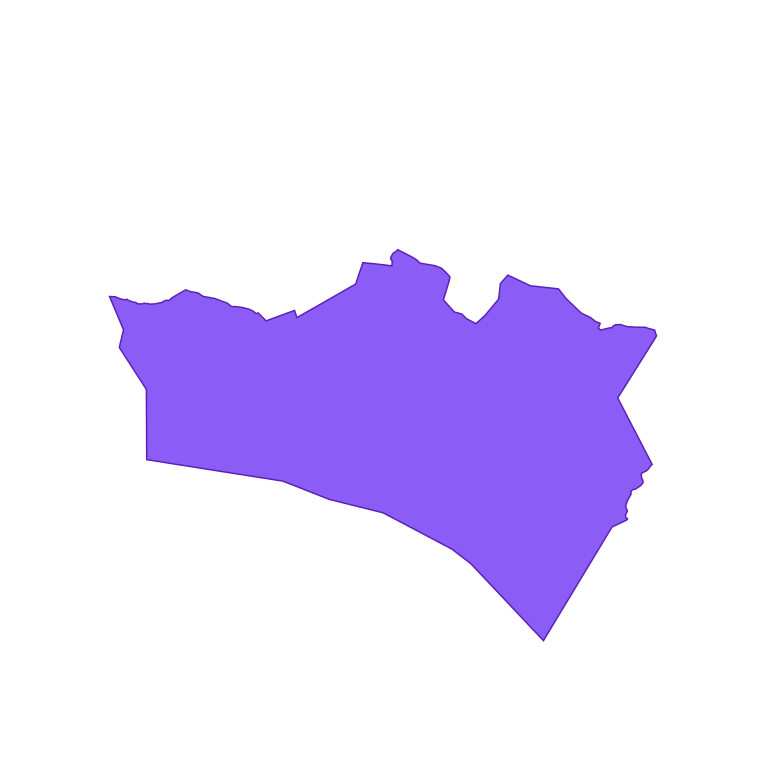 the district of Valerio Trujano, Oaxaca, Mexico, rotated 303°
{"feature_id": "50627088B90895159009900", "entity_name": "Valerio Trujano", "entity_type": "district", "adm_level": 2, "iso_a3": "MEX", "parent_name": "Mexico", "parent_adm1": "Oaxaca", "projection": "robinson", "projection_center": [-96.976, 17.773], "detail": "fine", "context": "isolated", "style": "filled", "palette": "violet", "viewbox_px": 768, "rotation_deg": 303, "n_neighbors": 0, "source": "geoboundaries", "source_scale": "gbopen_adm2", "svg_char_len": 2187}
<svg xmlns="http://www.w3.org/2000/svg" viewBox="0 0 768 768"><g transform="rotate(303 384 384)"><path d="M191.3,226.2L247.5,352.2L257.5,401.3L275.5,453.4L280.1,504.3L282.5,530.9L280.6,554.7L255.6,657.5L388.2,653.1L401.9,661.5L403.5,661.8L404.0,659.3L405.4,657.9L410.1,657.3L412.2,654.2L413.7,652.9L419.0,651.7L426.2,651.2L428.1,649.8L429.4,649.8L431.2,650.3L431.8,651.0L432.5,652.0L438.8,654.7L440.7,654.8L441.6,655.0L442.7,654.7L444.0,653.8L445.4,651.4L448.1,649.0L449.0,648.9L449.9,648.8L453.9,651.3L456.9,652.1L461.3,652.3L462.6,652.7L499.6,587.6L569.6,586.5L572.9,586.3L573.9,584.8L576.7,581.6L576.4,580.5L574.6,575.7L574.0,572.5L568.7,564.1L566.2,559.6L564.5,556.9L564.4,555.6L564.0,555.1L562.7,550.0L559.9,546.1L559.2,545.7L558.3,544.9L557.1,544.6L555.7,544.7L553.7,542.4L549.3,538.2L547.3,536.4L547.6,533.4L552.6,532.3L551.6,527.4L552.2,520.9L550.9,510.8L554.8,490.4L558.8,478.5L546.0,453.1L546.0,452.5L542.8,428.6L538.1,427.9L531.7,426.9L517.6,433.9L496.7,431.4L484.7,428.3L483.7,417.5L485.1,411.3L482.7,403.7L486.9,388.0L505.7,382.6L509.8,380.9L511.6,374.0L512.4,368.9L511.6,365.4L511.1,362.6L505.0,348.4L505.7,344.5L505.9,343.8L505.8,339.1L505.7,337.7L505.5,335.6L504.1,322.3L503.1,322.3L498.5,320.4L497.4,320.4L493.4,320.9L492.1,322.2L491.3,324.2L487.3,326.2L484.0,319.3L480.4,312.1L479.3,309.9L476.9,305.3L475.8,303.3L474.3,300.2L463.2,303.0L452.4,305.8L424.2,291.3L419.9,289.1L407.9,282.9L403.7,280.7L401.1,279.4L392.3,274.8L397.0,268.9L389.4,263.2L372.7,250.7L375.1,239.7L373.3,238.4L373.8,235.3L373.5,231.3L371.3,224.1L367.7,216.5L366.5,215.4L365.8,212.5L366.2,211.3L366.5,208.7L363.3,194.5L362.3,193.2L361.9,191.3L361.1,189.7L359.0,184.8L359.0,183.0L359.1,178.3L356.3,172.0L355.4,168.5L355.3,167.8L355.3,167.5L355.1,166.5L348.2,162.9L340.8,159.2L337.4,158.3L336.5,157.6L335.6,155.6L331.0,152.9L329.0,150.8L328.8,150.6L326.2,148.0L324.6,145.5L323.9,145.2L322.8,142.2L321.6,140.0L321.2,138.9L320.3,138.1L319.7,137.9L318.8,136.6L317.1,133.8L317.2,131.4L316.5,129.8L315.9,129.1L315.9,128.0L315.0,124.6L315.0,122.2L313.3,120.6L311.8,116.5L310.8,111.1L307.9,106.2L287.6,136.0L270.5,142.1L250.0,187.7L191.3,226.2Z" fill="#8b5cf6" stroke="#5b21b6" stroke-width="1.5"/></g></svg>